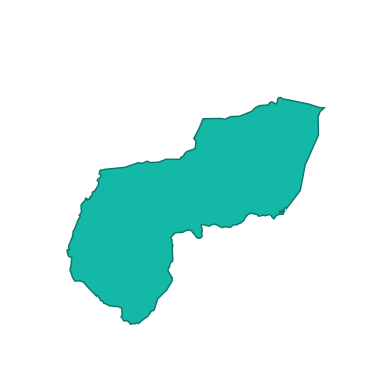 Tominian, Ségou, Mali, rotated 35°
{"feature_id": "8926073B14979931376640", "entity_name": "Tominian", "entity_type": "district", "adm_level": 2, "iso_a3": "MLI", "parent_name": "Mali", "parent_adm1": "Ségou", "projection": "robinson", "projection_center": [-4.333, 13.322], "detail": "fine", "context": "isolated", "style": "filled", "palette": "teal", "viewbox_px": 384, "rotation_deg": 35, "n_neighbors": 0, "source": "geoboundaries", "source_scale": "gbopen_adm2", "svg_char_len": 4417}
<svg xmlns="http://www.w3.org/2000/svg" viewBox="0 0 384 384"><g transform="rotate(35 192 192)"><path d="M252.1,47.2L248.0,49.7L236.8,53.2L216.3,62.1L213.8,63.5L210.2,63.8L209.1,64.9L208.8,66.5L209.5,67.8L210.6,70.5L210.3,71.6L209.0,72.0L206.7,72.0L205.4,72.6L204.5,74.4L204.5,75.7L204.3,77.3L200.0,80.6L197.3,83.1L195.1,87.7L194.8,91.5L187.4,102.8L180.3,108.2L177.4,113.4L173.7,115.1L171.4,116.7L159.1,125.6L161.5,136.6L162.8,147.1L165.6,147.8L167.2,150.0L169.7,154.7L164.4,162.1L164.0,165.2L164.4,167.8L163.1,169.5L163.4,172.1L152.1,180.0L147.6,186.7L141.0,191.8L137.6,192.4L134.8,197.2L131.4,198.6L123.4,209.6L122.7,210.4L107.5,223.6L104.2,227.2L104.8,228.0L105.5,230.5L107.9,230.4L108.5,232.1L107.5,236.0L107.8,236.6L108.0,237.1L109.8,236.9L111.4,240.3L111.7,246.7L110.9,248.3L110.6,248.9L110.7,249.7L111.4,250.8L112.1,252.0L112.1,253.0L111.2,253.8L112.2,256.4L110.3,257.6L110.5,258.6L108.6,258.0L109.2,260.7L108.7,262.9L108.6,266.2L111.3,269.9L112.8,271.3L113.1,275.8L114.3,275.6L114.5,277.8L115.1,282.6L116.2,283.8L115.8,284.9L116.1,285.7L117.2,290.1L117.1,292.0L118.4,294.4L119.2,296.5L120.0,297.1L120.4,297.8L119.8,298.6L120.5,300.6L121.0,303.2L121.6,304.0L121.4,305.7L123.2,308.7L124.0,308.9L124.5,310.0L123.0,310.8L123.3,311.8L125.4,313.6L126.7,314.7L128.1,315.4L129.2,315.3L131.0,314.5L134.4,320.3L137.0,326.2L141.1,328.9L142.4,330.0L144.8,331.2L147.3,332.1L150.3,329.6L154.4,328.0L161.0,329.6L173.5,332.1L173.4,331.5L173.5,331.1L173.7,330.8L174.6,330.8L175.2,331.5L175.7,331.8L176.8,332.1L177.6,332.1L178.4,332.3L178.7,332.7L179.2,333.3L180.0,333.3L180.7,332.8L181.0,332.7L182.1,332.9L182.8,333.5L183.4,333.7L184.6,333.4L186.1,333.0L188.7,332.6L189.4,332.7L190.6,331.9L193.4,330.7L194.5,329.9L195.2,329.4L197.4,328.2L200.9,327.4L201.4,327.7L202.1,328.9L203.8,330.9L205.1,332.3L205.5,332.7L205.3,333.8L205.4,334.9L206.0,335.1L207.3,335.4L208.5,335.9L209.3,336.5L209.9,336.8L210.7,336.2L211.6,335.4L211.9,335.2L212.6,334.8L214.2,334.7L215.1,334.9L215.6,334.9L216.0,334.9L216.7,335.2L217.1,335.7L218.0,334.9L218.8,334.3L219.3,333.4L220.1,332.9L221.0,332.6L221.3,331.9L221.6,331.1L221.7,330.9L222.6,330.4L223.0,330.4L223.6,330.4L223.8,329.9L223.9,329.2L224.2,328.2L224.6,326.5L224.8,325.7L225.7,322.8L226.5,320.7L227.0,319.8L227.1,319.1L227.0,313.8L226.9,312.7L227.8,312.0L228.3,311.1L228.6,309.8L225.6,300.7L225.3,299.5L225.5,297.4L225.8,295.5L227.2,288.0L227.5,287.2L227.0,280.4L226.8,277.1L226.6,276.2L225.6,274.7L225.1,273.6L222.8,272.8L217.6,270.3L217.5,270.2L217.1,269.8L217.0,269.5L216.5,267.8L216.5,266.2L215.7,264.8L215.6,264.4L215.2,263.2L215.3,261.7L215.7,259.7L215.4,258.8L212.8,255.6L209.6,251.4L208.5,250.0L207.7,248.5L207.0,247.0L206.4,246.1L205.2,245.6L204.4,245.3L204.0,244.7L203.9,244.3L203.7,243.5L203.0,242.7L202.0,242.3L201.0,241.7L200.8,240.6L201.1,238.5L201.4,236.9L201.7,235.3L202.5,234.2L203.5,233.6L204.4,232.6L205.7,232.0L206.5,231.0L207.6,230.2L208.1,229.4L208.2,228.3L208.2,228.1L209.4,227.2L209.5,227.1L209.8,226.1L210.5,225.4L211.6,225.3L212.2,224.5L213.0,223.9L215.0,224.5L217.5,225.2L219.7,225.6L220.0,225.8L220.9,226.3L221.9,226.6L223.1,226.4L224.3,225.9L225.3,224.7L225.8,223.2L225.2,221.8L224.0,220.8L222.4,217.7L220.9,216.0L219.4,214.8L218.8,214.0L218.8,213.9L218.4,213.5L218.6,213.0L219.7,212.3L221.4,211.8L222.1,211.5L225.0,210.4L225.7,210.0L226.7,207.9L227.8,206.5L228.0,206.2L229.2,205.2L231.4,204.7L234.6,204.4L236.5,203.9L237.4,203.6L237.7,203.3L238.4,202.1L239.2,201.2L240.9,200.4L241.4,200.2L242.9,199.5L243.8,198.7L244.2,197.0L244.6,195.8L245.6,194.3L246.3,193.9L247.7,193.0L248.1,191.7L249.2,190.1L250.0,188.8L250.1,187.7L250.5,186.6L250.8,185.2L250.5,183.8L250.3,182.2L250.5,179.7L250.9,177.9L251.9,176.4L252.8,175.6L253.4,175.0L254.8,174.5L255.9,174.4L256.8,173.4L257.8,173.3L259.1,173.2L259.9,173.7L260.9,173.2L262.5,171.5L263.6,170.1L265.5,169.5L266.6,168.2L267.2,167.5L268.0,166.2L269.0,165.9L270.9,166.0L271.1,166.0L271.6,166.6L273.1,166.8L274.0,167.0L274.5,167.0L274.6,166.0L274.5,163.3L275.0,162.2L276.1,160.5L276.8,159.9L278.0,159.0L278.5,158.7L279.0,158.3L279.4,157.8L279.1,156.3L279.1,156.1L278.8,154.9L278.7,154.7L278.1,154.8L277.6,155.6L276.9,156.8L276.4,157.8L275.9,158.3L275.4,158.3L275.0,157.6L274.9,157.1L275.8,156.4L276.7,155.5L277.2,154.8L277.4,154.0L277.1,152.3L277.4,151.3L277.9,150.8L278.4,150.5L278.9,151.4L279.8,128.7L269.2,105.0L262.9,72.7L252.4,58.5L250.8,52.9L252.1,47.2Z" fill="#14b8a6" stroke="#0f766e" stroke-width="1.5"/></g></svg>